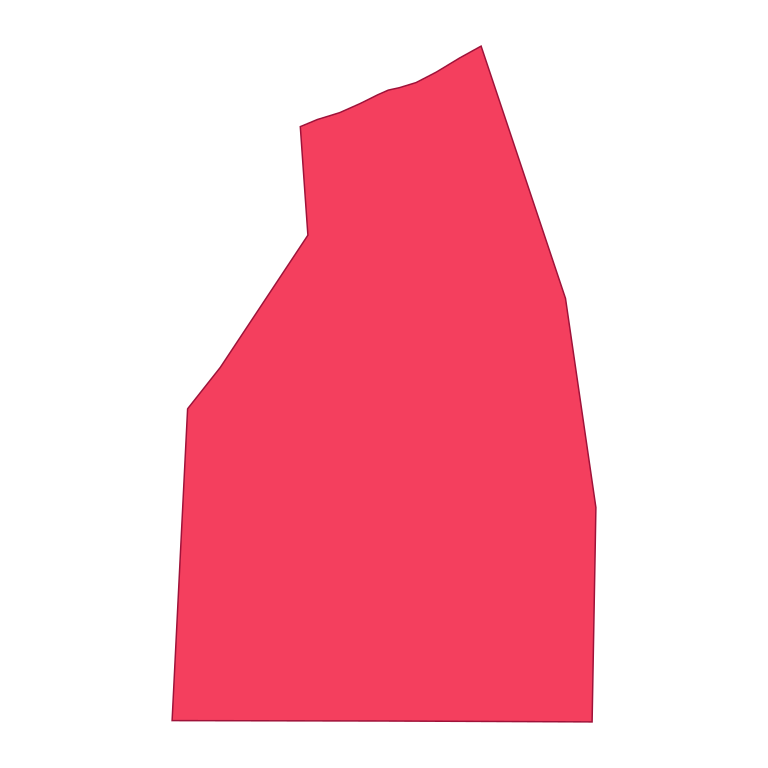 outline of Shaykh Zuwayd, Shamal Sina', Egypt
{"feature_id": "37247803B84548629991625", "entity_name": "Shaykh Zuwayd", "entity_type": "district", "adm_level": 2, "iso_a3": "EGY", "parent_name": "Egypt", "parent_adm1": "Shamal Sina'", "projection": "natural_earth1", "projection_center": [33.964, 30.921], "detail": "fine", "context": "isolated", "style": "filled", "palette": "rose", "viewbox_px": 768, "rotation_deg": 0, "n_neighbors": 0, "source": "geoboundaries", "source_scale": "gbopen_adm2", "svg_char_len": 412}
<svg xmlns="http://www.w3.org/2000/svg" viewBox="0 0 768 768"><path d="M385.1,721.0L592.1,721.9L595.3,542.4L595.9,507.5L565.5,298.4L482.4,50.0L481.1,46.1L459.9,57.8L436.1,72.2L416.0,82.6L398.9,87.8L388.3,90.1L377.9,94.7L360.0,103.6L339.5,112.7L317.4,119.5L300.3,126.6L305.0,194.0L307.9,235.2L220.3,367.4L188.3,407.9L187.6,408.9L172.1,720.6L385.1,721.0Z" fill="#f43f5e" stroke="#9f1239" stroke-width="1.5"/></svg>